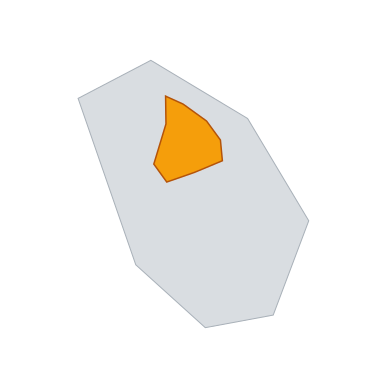 where Buada sits in Nauru, rotated 138°
{"feature_id": "NRU-4970", "entity_name": "Buada", "entity_type": "state/province", "adm_level": 1, "iso_a3": "NRU", "parent_name": "Nauru", "parent_adm1": "", "projection": "equal_earth", "projection_center": [166.925, -0.53], "detail": "fine", "context": "in_parent", "style": "filled", "palette": "amber", "viewbox_px": 384, "rotation_deg": 138, "n_neighbors": 0, "source": "natural_earth", "source_scale": "10m", "svg_char_len": 446}
<svg xmlns="http://www.w3.org/2000/svg" viewBox="0 0 384 384"><g transform="rotate(138 192 192)"><path d="M282.5,175.5L214.0,337.8L134.5,317.4L101.5,209.4L124.5,92.5L214.0,46.2L272.9,82.3L282.5,175.5Z" fill="#d9dde1" stroke="#a8b0b8" stroke-width="1"/><path d="M204.1,216.3L201.7,238.3L165.8,260.0L147.5,280.9L139.8,263.3L133.7,235.0L136.1,211.6L148.5,194.9L177.0,204.9L204.1,216.3Z" fill="#f59e0b" stroke="#b45309" stroke-width="1.5"/></g></svg>